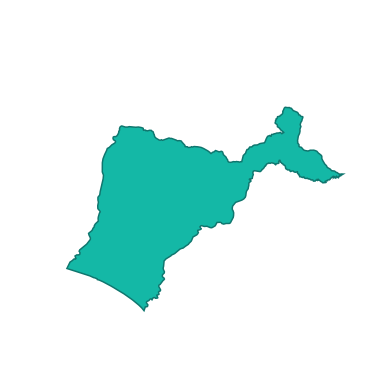 the district of Barique/Natarbora, Manatuto, East Timor, rotated 66°
{"feature_id": "22284137B73743119127991", "entity_name": "Barique/Natarbora", "entity_type": "district", "adm_level": 2, "iso_a3": "TLS", "parent_name": "East Timor", "parent_adm1": "Manatuto", "projection": "mercator", "projection_center": [126.054, -8.876], "detail": "fine", "context": "isolated", "style": "filled", "palette": "teal", "viewbox_px": 384, "rotation_deg": 66, "n_neighbors": 0, "source": "geoboundaries", "source_scale": "gbopen_adm2", "svg_char_len": 5982}
<svg xmlns="http://www.w3.org/2000/svg" viewBox="0 0 384 384"><g transform="rotate(66 192 192)"><path d="M248.2,248.1L243.7,245.6L242.5,242.9L241.7,237.1L241.3,236.5L241.2,232.9L239.3,226.3L239.3,224.6L239.6,222.9L238.9,220.1L238.3,216.6L237.6,215.4L236.7,212.9L236.1,212.1L233.5,209.4L233.1,205.1L232.4,203.6L231.5,202.6L230.2,202.8L229.4,202.4L229.7,199.8L229.6,198.8L229.2,198.5L227.9,199.0L227.0,198.9L226.5,197.6L226.7,196.8L228.4,194.9L229.4,192.2L231.9,189.9L232.6,188.7L232.7,187.7L232.3,184.5L230.0,181.6L231.2,178.4L232.0,177.7L233.0,177.5L234.2,176.1L234.6,173.7L235.9,170.8L235.8,169.5L232.0,164.7L230.6,163.7L228.0,162.4L226.0,162.1L224.7,162.3L223.1,161.8L221.3,160.5L219.2,156.3L219.7,149.8L219.4,147.5L218.4,145.4L217.3,144.4L214.3,142.6L213.1,141.5L211.9,139.4L210.3,138.4L209.4,137.6L207.2,136.5L206.7,136.0L206.1,133.8L205.4,133.6L204.4,134.4L203.7,134.4L203.5,133.5L204.1,132.8L204.1,131.4L202.6,130.5L201.0,128.9L199.3,128.7L198.0,127.6L198.0,126.2L200.9,121.8L201.1,121.2L200.6,119.6L199.9,118.9L199.9,118.1L199.2,116.4L198.4,115.4L198.2,114.5L197.9,114.5L197.7,114.2L197.8,113.7L197.0,112.8L196.7,111.7L196.9,110.9L196.7,110.1L197.6,109.0L197.7,107.3L199.4,105.3L201.1,104.6L201.1,104.3L200.4,103.9L200.6,103.5L200.5,102.9L201.0,101.6L200.8,100.7L199.4,100.4L199.1,99.7L198.6,99.4L198.8,98.8L200.9,98.9L201.4,98.5L202.4,98.3L203.1,97.6L204.2,97.5L205.5,96.4L207.0,96.4L208.3,96.8L209.4,96.6L209.7,96.1L210.6,95.8L211.6,93.9L212.9,93.9L213.4,93.6L213.5,92.1L213.8,91.4L214.1,91.0L215.3,90.5L216.1,89.3L216.4,87.5L218.0,88.0L218.9,87.4L219.2,87.5L219.4,87.1L220.5,87.4L220.9,87.1L221.8,87.4L222.0,86.9L223.7,85.1L223.6,84.2L224.2,83.5L224.8,83.7L225.7,82.9L226.2,81.7L226.2,81.2L227.4,80.4L227.4,79.9L228.7,78.7L229.5,78.3L230.0,76.9L230.2,76.7L231.3,76.7L231.5,76.5L232.1,75.0L231.5,73.6L232.6,72.6L232.5,72.2L231.8,72.1L232.0,71.9L231.9,71.4L232.9,71.2L233.2,70.7L234.6,70.2L235.6,69.3L236.6,69.0L237.3,67.6L237.3,66.8L237.8,66.0L237.7,65.7L236.7,66.2L236.4,65.9L236.7,64.2L236.4,64.3L236.3,63.5L236.5,62.0L236.8,61.6L236.6,60.7L236.2,60.4L236.0,59.9L235.1,56.7L235.3,56.5L236.2,56.9L235.6,55.9L236.0,55.7L236.2,56.0L236.8,56.1L236.8,55.6L237.8,55.0L237.5,54.6L236.7,54.3L236.4,53.6L237.1,53.5L238.6,52.5L238.5,52.2L237.9,52.3L237.6,52.0L237.6,49.9L236.7,50.3L236.6,49.5L236.8,49.3L237.4,49.3L237.1,46.6L236.2,48.4L236.0,49.5L235.6,50.0L234.3,51.0L233.3,51.5L232.5,52.4L230.9,53.2L229.3,55.8L227.3,56.4L224.6,58.4L222.5,58.5L220.6,59.3L216.2,59.8L214.2,59.8L212.5,59.0L211.3,58.9L208.7,60.2L208.2,60.6L205.5,61.4L203.8,63.1L203.2,64.0L201.9,67.1L201.8,69.3L199.9,72.1L198.8,73.0L195.7,73.9L194.6,75.3L194.0,75.7L192.1,75.0L190.2,75.6L189.6,75.1L188.2,74.8L184.1,72.1L182.2,69.9L180.4,68.6L178.4,67.8L176.5,65.9L174.5,65.8L172.8,64.4L171.6,62.6L170.8,62.2L169.2,60.6L168.5,60.2L168.1,60.4L167.2,61.7L165.5,62.2L164.9,63.1L163.4,62.9L162.0,63.4L158.8,66.4L155.9,67.2L155.4,68.0L154.5,68.6L153.8,70.3L152.5,72.4L152.9,73.6L154.8,75.6L155.1,76.2L156.6,76.8L157.4,77.7L157.9,79.0L157.9,80.1L158.5,81.0L158.0,83.2L159.4,84.4L159.5,85.5L160.2,85.6L160.5,86.5L161.3,86.8L162.7,88.0L163.3,87.9L164.6,87.0L165.5,86.8L167.1,87.4L169.2,86.1L171.3,85.7L174.6,84.0L174.9,83.9L175.1,84.1L174.9,85.2L175.3,85.9L175.2,86.3L173.5,87.0L173.4,88.6L172.6,90.6L172.6,91.6L172.2,93.7L172.4,94.4L171.8,95.7L172.0,96.2L173.2,97.0L173.0,97.5L172.0,98.0L171.9,100.3L173.3,102.2L175.9,104.9L176.5,105.9L175.4,110.2L175.6,113.1L174.5,116.0L174.5,117.3L175.1,119.0L174.4,121.0L175.8,123.1L175.6,124.5L177.1,126.2L178.3,127.2L179.5,130.3L184.5,134.2L184.1,135.3L184.0,136.5L183.0,137.6L182.7,138.4L182.3,138.8L182.0,140.2L181.0,142.0L181.0,143.0L180.6,144.8L179.6,146.3L178.6,146.7L176.9,146.4L175.4,146.8L174.1,146.7L170.7,148.1L167.9,147.8L167.0,148.3L166.7,148.8L166.4,150.9L163.7,153.6L164.3,155.7L164.1,157.0L164.6,159.0L164.4,159.2L162.9,159.7L160.9,160.8L157.0,163.7L155.0,165.5L153.1,168.3L151.3,171.6L151.1,173.3L150.4,174.1L150.6,175.1L150.0,176.8L149.7,177.5L148.8,177.8L147.8,179.8L146.5,179.5L142.2,180.9L141.2,181.0L140.1,182.3L139.2,184.6L138.3,185.2L134.7,188.9L134.3,190.0L133.7,190.5L133.3,191.3L132.8,197.9L131.8,198.7L131.8,200.0L131.2,200.8L128.3,202.9L126.3,203.6L124.3,203.2L123.2,203.3L121.4,203.0L120.5,203.4L119.8,204.1L119.2,204.1L118.4,205.6L118.0,208.0L117.3,208.7L117.2,209.3L116.2,209.7L116.0,211.0L115.5,211.2L114.0,210.7L113.7,210.8L112.4,212.2L110.8,214.6L110.0,217.0L106.8,222.7L106.4,224.7L105.7,226.3L103.1,229.3L103.1,230.6L103.4,231.3L104.5,232.4L106.0,233.0L106.8,234.2L107.9,234.8L109.0,236.0L110.1,237.6L110.4,239.0L109.7,240.7L109.8,241.6L110.7,242.3L112.3,242.5L114.1,241.3L115.0,241.4L115.4,241.8L115.9,242.7L116.3,246.0L117.6,249.4L117.8,251.7L119.4,253.2L122.3,256.6L125.5,259.8L128.8,262.0L137.2,265.8L140.6,266.0L143.8,267.8L154.3,275.7L156.6,277.1L157.5,277.9L158.1,279.4L158.8,280.2L161.1,281.2L163.2,281.6L166.2,283.7L168.7,284.7L169.8,284.6L171.4,284.0L172.8,283.9L173.7,285.2L176.4,287.5L177.7,288.4L180.5,289.5L181.8,293.2L182.9,294.8L184.3,295.8L184.7,296.9L186.5,299.0L187.7,303.3L189.5,303.6L192.7,303.5L194.0,304.2L196.8,309.4L199.2,318.1L200.2,319.2L202.0,319.0L203.4,320.0L203.2,321.6L202.6,322.8L202.9,324.9L205.6,325.1L205.9,325.9L205.2,326.8L205.4,327.9L205.9,328.9L206.4,331.9L211.0,337.4L227.1,319.4L230.3,316.6L231.0,315.6L232.7,314.0L233.5,314.1L234.7,312.6L237.7,309.9L245.0,304.2L257.3,295.6L266.2,290.3L273.6,286.6L277.3,285.1L280.9,284.1L278.0,281.4L278.5,279.6L278.1,278.8L277.0,278.2L275.2,278.7L274.6,278.7L273.9,278.2L273.6,277.2L273.7,275.8L272.8,273.7L273.0,272.8L274.2,272.4L272.9,270.6L272.9,270.0L273.4,268.9L274.2,268.6L274.8,267.0L274.7,266.3L272.0,266.1L272.1,263.9L271.4,263.6L269.8,263.3L269.4,262.4L269.5,261.3L269.1,260.8L268.4,260.5L264.9,260.8L263.8,260.3L263.5,259.5L263.5,258.8L261.0,254.3L260.9,253.6L260.3,252.6L259.1,252.6L257.7,253.4L256.9,253.4L255.6,252.6L254.7,250.3L253.9,249.8L253.5,249.6L251.8,249.7L249.9,249.4L248.2,248.1Z" fill="#14b8a6" stroke="#0f766e" stroke-width="1.5"/></g></svg>